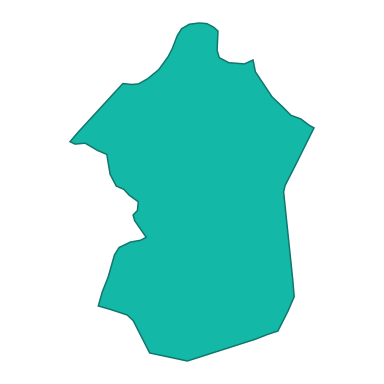 outline of Joca Marques, Piauí, Brazil
{"feature_id": "56859067B3346916621202", "entity_name": "Joca Marques", "entity_type": "district", "adm_level": 2, "iso_a3": "BRA", "parent_name": "Brazil", "parent_adm1": "Piauí", "projection": "orthographic", "projection_center": [-42.438, -3.542], "detail": "fine", "context": "isolated", "style": "filled", "palette": "teal", "viewbox_px": 384, "rotation_deg": 0, "n_neighbors": 0, "source": "geoboundaries", "source_scale": "gbopen_adm2", "svg_char_len": 882}
<svg xmlns="http://www.w3.org/2000/svg" viewBox="0 0 384 384"><path d="M122.9,83.5L79.3,130.9L75.1,135.7L70.0,141.7L75.1,144.1L85.1,143.2L90.5,146.3L97.6,150.5L106.8,154.4L110.1,174.3L116.3,186.1L123.9,189.4L129.3,195.3L138.3,201.8L137.4,210.5L133.1,215.0L134.7,220.7L146.2,237.3L140.4,240.3L130.2,242.1L119.1,247.5L114.5,254.8L108.2,276.9L102.2,292.1L98.3,306.0L110.3,309.4L127.2,315.0L133.2,320.6L149.7,353.0L187.3,361.0L255.6,339.1L267.6,334.4L277.9,331.0L288.1,310.9L294.2,296.7L292.6,278.3L283.6,191.8L285.1,185.5L295.3,165.5L314.0,127.9L308.9,125.1L301.1,119.1L290.8,115.2L283.3,107.6L272.0,96.8L255.4,71.8L253.0,60.0L244.5,63.9L228.8,62.7L219.3,57.7L217.1,50.4L218.0,31.1L213.8,27.3L206.9,23.6L199.2,23.0L189.4,24.2L181.6,28.7L177.3,35.6L172.3,48.6L168.1,56.7L158.7,69.7L147.7,78.7L138.5,83.9L131.6,84.5L122.9,83.5Z" fill="#14b8a6" stroke="#0f766e" stroke-width="1.5"/></svg>